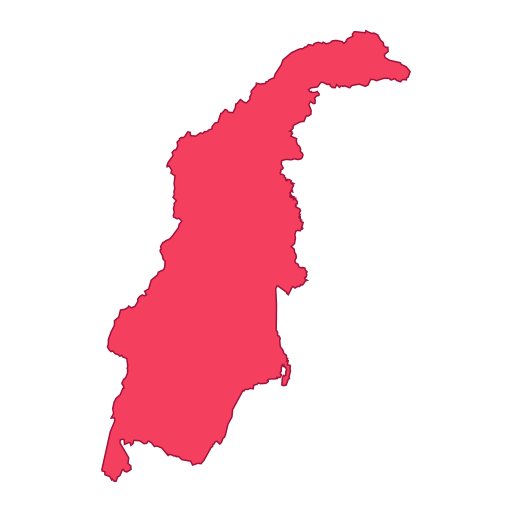 outline of Hkamti, Sagaing, Myanmar
{"feature_id": "60261553B91156237471736", "entity_name": "Hkamti", "entity_type": "district", "adm_level": 2, "iso_a3": "MMR", "parent_name": "Myanmar", "parent_adm1": "Sagaing", "projection": "natural_earth1", "projection_center": [95.699, 25.834], "detail": "fine", "context": "isolated", "style": "filled", "palette": "rose", "viewbox_px": 512, "rotation_deg": 0, "n_neighbors": 0, "source": "geoboundaries", "source_scale": "gbopen_adm2", "svg_char_len": 6006}
<svg xmlns="http://www.w3.org/2000/svg" viewBox="0 0 512 512"><path d="M300.2,214.4L299.1,213.2L300.5,210.7L299.8,209.0L295.3,206.5L296.1,205.6L295.6,204.4L297.4,203.7L297.2,201.3L296.0,200.2L295.7,198.2L293.7,199.3L294.2,198.0L292.0,197.5L293.6,196.7L292.2,196.2L292.0,197.0L291.0,194.8L290.8,196.8L289.9,196.6L290.5,194.0L289.8,192.9L291.4,191.4L292.6,191.8L292.0,190.5L293.1,190.5L291.4,190.3L291.5,189.6L293.5,185.5L293.0,184.4L294.0,183.6L292.1,182.8L291.5,183.5L290.5,182.3L291.3,180.8L289.4,179.7L287.8,179.4L287.3,180.3L286.4,179.5L286.3,180.5L285.8,180.2L285.6,178.0L284.4,177.1L284.4,175.6L282.4,174.3L280.9,174.3L280.0,172.8L280.9,171.7L281.0,169.5L282.2,169.3L283.2,168.0L281.2,164.1L281.7,160.6L285.9,159.4L291.3,159.8L294.3,158.8L298.0,159.6L300.9,158.9L302.2,157.7L303.0,154.9L302.2,153.1L300.3,151.4L300.7,149.5L299.5,146.4L297.4,144.6L296.3,141.5L296.6,138.6L290.8,136.2L292.5,133.3L291.8,133.1L291.8,131.5L289.8,131.3L293.0,128.4L293.3,125.4L300.2,121.9L304.0,121.4L306.2,115.9L308.0,116.1L310.9,114.3L311.1,110.4L308.8,104.3L310.5,101.5L313.5,103.7L315.0,103.3L315.2,100.0L314.5,98.5L316.3,96.1L318.9,95.4L319.2,94.1L317.2,91.4L315.2,92.4L311.7,92.4L311.2,91.5L310.1,91.9L308.4,89.7L311.2,87.8L317.6,86.9L320.8,82.4L323.3,82.4L326.9,84.4L329.9,84.3L330.2,85.7L332.3,87.6L335.2,87.7L336.7,84.6L339.5,87.4L341.1,85.8L343.4,86.4L344.5,85.8L349.8,87.8L351.8,85.5L359.2,84.1L365.3,86.3L368.0,85.0L370.6,79.5L373.7,79.5L376.4,80.7L383.8,78.3L389.1,78.4L391.0,80.0L395.1,78.7L396.6,80.4L400.4,81.8L402.7,79.5L406.4,79.9L406.5,78.1L408.2,77.0L410.1,71.6L406.1,66.7L401.4,64.6L400.2,62.7L389.4,60.3L384.9,57.4L384.5,54.4L388.1,51.6L387.9,47.3L385.9,47.4L383.6,45.6L383.4,42.8L380.6,40.2L377.6,34.8L373.7,33.0L372.1,33.5L369.0,32.4L365.9,30.7L365.2,32.8L355.2,31.7L354.0,31.9L352.4,34.2L352.8,36.3L347.7,38.7L346.3,40.2L346.4,41.2L343.8,43.4L342.2,41.6L336.0,40.4L332.2,40.9L330.0,42.9L326.3,43.8L323.2,42.2L322.1,43.5L318.1,42.3L314.2,43.6L313.4,45.4L308.4,44.6L306.4,46.9L304.6,47.1L303.2,48.6L299.4,49.0L291.6,52.6L283.0,59.9L281.2,64.9L275.2,74.1L274.1,77.8L269.1,79.8L268.0,81.4L266.1,81.8L265.5,83.4L260.3,84.1L256.4,83.2L256.0,85.7L251.4,90.8L251.0,92.2L251.6,93.6L249.8,96.8L250.1,99.1L246.8,102.7L244.7,102.6L240.4,99.5L237.3,103.4L235.8,104.0L235.3,108.0L233.0,112.7L228.2,112.1L227.0,110.2L225.1,109.5L221.9,113.2L220.8,113.4L217.9,122.3L214.8,123.1L212.2,126.5L211.8,129.0L208.3,130.2L207.6,131.4L204.4,131.7L202.9,133.5L200.3,132.9L196.0,136.1L190.6,135.7L190.1,132.3L187.7,131.9L185.0,136.2L183.4,137.6L181.3,137.5L179.6,138.7L179.3,140.1L177.1,142.1L177.8,146.2L175.7,150.1L174.4,150.0L172.1,152.4L173.1,155.6L168.3,162.1L166.9,165.9L167.1,166.8L169.1,165.9L171.7,170.2L170.9,173.0L175.0,175.8L174.1,183.6L174.8,188.4L173.9,191.8L174.4,194.8L173.0,197.4L176.4,200.7L174.1,203.6L174.4,205.3L173.5,208.2L174.3,212.4L173.3,215.5L173.6,217.0L177.1,218.8L179.1,218.3L181.6,220.9L181.5,221.7L179.3,224.0L178.4,227.8L172.8,235.5L170.0,238.8L165.3,241.0L164.4,242.2L163.0,242.3L160.5,246.8L161.3,249.1L160.3,249.7L160.2,251.5L162.5,255.7L163.0,258.9L165.1,261.4L164.7,267.2L163.6,269.7L158.3,272.2L157.5,274.9L151.2,280.2L148.7,288.9L144.6,291.3L146.5,294.7L144.5,295.7L142.2,295.0L139.7,296.5L137.8,298.9L137.8,301.5L135.1,306.2L131.3,307.9L128.8,306.0L127.8,307.6L124.8,309.3L120.5,310.0L118.7,317.2L114.5,320.6L114.4,325.5L111.1,331.9L108.4,339.3L108.3,344.4L107.4,346.9L109.2,349.9L111.0,351.6L112.6,350.9L115.2,353.7L118.1,354.6L119.9,356.2L121.7,355.3L122.9,357.0L126.8,358.5L127.8,366.3L127.1,368.5L127.7,369.2L127.5,373.2L125.8,377.5L123.4,379.7L122.1,382.7L121.9,383.8L123.3,385.6L123.9,388.2L122.8,388.5L120.2,394.8L116.2,398.2L114.1,402.2L112.7,408.6L113.6,413.4L111.2,418.1L114.1,417.7L114.9,419.1L114.4,421.9L110.3,431.7L101.9,469.5L102.2,471.0L104.8,471.7L104.9,474.7L109.8,476.5L111.7,480.0L112.6,479.2L113.9,481.1L116.1,481.3L117.6,477.0L119.9,475.6L122.4,469.7L123.6,469.5L124.3,471.1L126.7,472.0L131.0,469.5L130.8,465.9L128.0,463.4L128.7,457.8L120.0,442.9L120.3,440.0L122.3,439.1L124.2,439.8L124.5,444.4L129.1,442.5L130.1,442.8L130.9,445.4L132.9,443.7L133.9,440.3L139.9,440.8L144.0,443.7L146.6,443.4L148.1,441.2L149.0,441.2L151.7,443.0L154.4,446.5L157.0,446.0L161.7,447.9L167.8,455.1L168.0,454.2L169.0,455.0L170.5,454.4L173.9,456.0L175.7,455.9L176.2,456.7L178.7,456.6L182.0,459.7L190.7,461.2L192.6,465.1L197.8,463.3L201.1,463.7L204.0,460.2L211.1,447.4L212.6,446.5L212.8,444.7L214.3,443.7L215.0,441.9L217.1,441.3L219.7,444.1L221.4,442.4L223.1,438.1L224.3,437.4L225.5,434.6L227.9,424.3L231.9,417.0L232.6,409.6L242.9,390.6L243.9,391.0L245.1,389.3L247.8,389.5L250.0,388.4L253.3,388.8L253.7,385.2L257.1,384.3L258.2,383.0L260.6,383.7L265.9,383.3L268.1,381.7L268.3,380.9L267.5,380.3L269.1,379.0L276.2,378.8L276.9,377.5L277.4,378.3L278.2,377.5L280.0,377.4L281.6,375.1L280.3,373.6L280.4,372.1L281.3,371.3L281.2,367.6L282.4,364.7L283.3,366.3L283.9,365.6L283.8,366.4L285.7,367.5L286.6,369.9L285.8,371.6L285.8,375.7L285.5,374.9L284.2,376.0L283.7,375.5L282.4,377.4L281.8,384.9L283.5,385.7L286.2,385.1L288.1,379.6L289.5,378.4L289.0,377.0L290.5,370.7L290.0,369.3L290.4,366.6L290.1,365.3L287.4,364.8L288.2,360.8L286.7,361.2L287.6,358.6L286.6,358.4L286.4,355.3L283.8,353.3L283.0,350.3L280.3,346.6L279.7,341.2L280.1,338.1L279.0,336.0L277.7,335.6L277.5,331.9L276.2,330.2L276.5,304.8L275.7,288.6L277.2,285.9L277.9,285.9L286.9,292.5L286.8,293.5L288.3,294.7L292.0,287.3L293.0,286.5L295.0,288.1L297.7,286.4L299.6,286.5L300.9,284.6L301.9,285.2L303.0,284.5L305.6,280.8L307.2,280.3L305.2,279.3L304.6,277.6L306.1,277.0L306.8,274.7L306.2,273.1L307.1,271.9L305.3,269.9L304.8,268.0L302.3,267.4L301.5,268.0L298.9,266.9L298.0,264.2L295.4,262.8L294.9,260.4L296.3,257.7L296.0,254.6L294.7,252.6L294.1,249.0L291.2,246.7L294.5,243.6L295.5,237.7L294.8,235.2L295.8,231.2L297.5,230.4L300.2,230.8L301.4,228.7L302.1,229.2L302.8,228.3L301.8,227.2L303.2,222.4L301.2,221.8L300.6,220.6L301.5,220.1L299.3,217.8L300.3,217.6L300.2,216.4L299.4,216.3L300.2,214.4Z" fill="#f43f5e" stroke="#9f1239" stroke-width="1.5"/></svg>